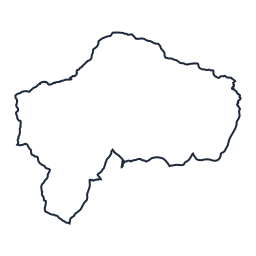 Pisba, Boyacá, Colombia (orthographic projection)
{"feature_id": "7082276B47787329077767", "entity_name": "Pisba", "entity_type": "district", "adm_level": 2, "iso_a3": "COL", "parent_name": "Colombia", "parent_adm1": "Boyacá", "projection": "orthographic", "projection_center": [-72.451, 5.73], "detail": "fine", "context": "isolated", "style": "outline", "palette": "slate", "viewbox_px": 256, "rotation_deg": 0, "n_neighbors": 0, "source": "geoboundaries", "source_scale": "gbopen_adm2", "svg_char_len": 5672}
<svg xmlns="http://www.w3.org/2000/svg" viewBox="0 0 256 256"><path d="M69.5,223.5L70.3,219.1L70.8,218.1L74.1,215.8L75.1,213.8L78.4,211.4L80.7,209.3L84.3,202.6L86.9,199.9L87.2,198.5L87.3,197.2L87.1,194.3L89.7,186.7L89.8,184.9L89.6,180.0L90.0,179.7L90.7,179.8L91.6,180.3L92.5,180.0L93.4,180.6L94.7,180.2L96.0,179.6L96.5,179.7L97.0,179.4L98.7,179.6L99.1,179.3L99.2,179.0L99.6,178.8L100.7,179.1L100.4,178.4L99.6,177.6L99.2,176.7L97.9,175.4L97.6,174.7L97.7,174.4L98.1,173.8L98.8,173.5L100.6,172.3L101.8,170.9L102.7,169.3L104.0,168.0L104.6,165.9L105.2,164.6L105.4,162.8L105.6,162.4L106.2,161.8L106.4,160.3L106.8,159.4L107.8,158.3L108.3,158.1L109.0,156.8L110.1,155.7L110.5,154.5L111.2,153.8L111.4,151.4L111.7,150.9L112.4,150.2L112.6,149.8L114.0,151.4L114.1,152.1L114.9,152.6L115.6,153.3L119.0,155.7L122.2,159.0L123.0,160.1L123.0,160.3L122.4,161.1L122.5,161.6L122.3,162.1L122.6,162.8L122.0,164.7L122.2,165.9L121.6,166.5L121.7,167.1L122.3,166.7L122.4,166.3L122.7,166.0L122.7,164.5L123.1,164.1L123.3,163.5L124.1,162.6L124.1,161.6L124.3,161.3L125.8,161.6L128.1,160.7L128.6,160.7L129.9,160.8L130.6,161.4L131.1,160.9L132.5,160.8L133.9,160.1L135.1,160.1L136.2,159.8L138.1,159.0L139.1,159.1L140.2,158.9L141.4,159.6L141.8,160.1L142.4,160.1L143.0,160.4L144.1,160.4L145.0,160.8L145.8,161.5L146.0,161.5L147.4,161.1L148.5,160.5L150.0,159.5L151.4,158.3L154.5,157.5L157.4,157.2L161.3,157.9L163.6,158.9L165.6,160.7L166.5,161.7L169.3,165.5L169.5,166.1L170.6,165.7L173.1,165.4L174.8,165.0L177.2,164.8L179.8,165.1L182.8,165.0L183.9,164.4L184.8,162.7L185.5,162.1L187.0,161.3L188.9,159.8L191.0,156.7L192.1,154.5L193.0,153.6L194.0,155.6L195.8,158.2L196.6,159.2L198.3,160.0L202.1,160.2L203.2,159.7L205.3,159.4L207.5,159.3L210.0,159.6L211.8,160.3L214.8,160.8L216.4,160.6L218.7,159.4L219.7,158.1L220.2,156.8L220.7,155.3L220.8,153.7L221.6,153.0L223.5,152.1L224.7,151.0L226.6,147.3L227.8,145.3L229.0,140.3L230.5,136.9L234.3,130.4L234.8,129.1L235.2,128.7L236.6,124.7L236.6,122.3L236.9,121.4L238.6,118.6L239.6,116.0L239.1,110.8L239.9,109.2L239.9,108.5L239.5,108.2L238.3,106.3L238.1,105.7L237.4,105.5L237.1,104.3L237.6,103.6L237.6,103.3L238.1,103.1L238.3,102.8L238.3,102.2L238.2,101.9L237.9,101.7L237.9,101.4L238.3,100.8L239.4,99.9L240.0,99.6L240.2,98.7L240.6,98.3L240.1,97.7L239.6,97.4L239.6,96.3L240.0,95.9L239.9,95.4L239.3,94.6L238.5,94.4L238.2,93.8L237.5,93.6L236.4,91.5L235.6,90.8L235.0,90.5L233.8,89.1L233.3,89.3L232.9,89.1L232.4,89.1L232.2,89.0L231.9,88.3L232.1,87.9L232.8,87.7L232.8,86.9L233.0,86.6L233.6,86.6L234.0,86.1L234.0,84.8L233.3,84.0L233.4,83.5L233.2,82.7L233.9,82.4L234.5,81.5L235.1,81.1L233.5,79.6L232.2,78.9L231.8,78.3L231.0,78.0L230.8,77.7L227.2,77.5L226.4,77.1L224.9,75.8L224.0,75.9L223.6,76.3L221.8,76.2L220.5,76.4L219.0,77.9L218.1,77.9L216.3,76.8L215.3,76.4L214.8,76.0L213.4,73.9L213.5,71.1L213.4,70.8L213.0,70.4L212.4,70.2L211.1,70.5L209.0,69.6L207.8,69.9L206.3,70.0L204.4,69.4L202.8,69.4L200.0,68.4L198.8,67.0L198.2,64.3L198.0,63.9L197.6,63.6L195.4,63.4L193.2,63.5L190.1,63.9L187.4,64.5L185.5,64.3L183.5,63.3L180.2,63.0L178.8,61.8L176.6,60.3L173.3,59.4L172.1,58.6L168.1,58.4L166.8,57.8L165.6,57.7L164.9,56.6L164.6,55.3L164.5,53.1L163.8,51.7L161.0,48.5L160.1,45.9L158.2,43.8L155.1,43.5L153.8,43.0L150.4,41.1L148.9,41.0L147.4,40.7L143.9,38.8L142.6,38.5L140.3,38.5L138.7,38.9L137.8,38.8L137.2,38.6L136.8,38.6L136.6,38.9L136.3,38.9L135.5,38.3L134.0,36.4L132.7,35.3L132.3,34.6L131.9,34.4L130.5,34.4L129.3,34.7L127.9,34.8L126.4,33.7L124.8,33.8L123.1,33.0L119.6,32.6L115.4,32.5L114.4,32.7L113.3,32.5L112.4,33.1L111.8,33.9L110.8,35.6L110.0,36.0L107.4,36.4L106.0,36.9L102.6,38.3L101.2,39.1L98.6,41.2L98.3,42.3L98.4,43.7L97.3,46.0L96.2,47.2L94.9,48.2L93.8,48.9L93.2,49.5L92.8,52.9L91.8,55.2L91.5,57.9L90.7,59.3L89.3,60.4L87.2,61.2L86.7,62.1L86.1,62.4L84.8,63.9L83.6,64.7L83.3,65.5L82.3,66.0L81.7,67.1L80.2,67.7L79.4,69.1L78.4,69.8L77.4,69.9L76.6,71.1L76.7,71.8L76.6,72.2L77.0,72.9L76.7,73.4L76.7,74.1L76.4,74.5L75.1,75.6L74.8,76.1L74.1,76.2L72.9,76.0L72.6,76.1L72.2,76.6L70.0,78.0L70.2,78.6L71.3,79.2L71.3,79.3L69.9,79.6L66.0,79.6L63.2,80.6L61.0,80.9L60.5,81.7L59.7,81.6L58.8,82.0L57.5,82.0L55.9,82.3L55.3,82.8L54.5,82.6L54.1,83.1L53.3,83.0L52.5,83.7L51.1,84.4L49.0,84.6L48.4,84.5L47.7,83.2L46.4,82.1L45.3,82.2L44.9,81.8L44.4,82.1L43.7,81.8L42.2,82.0L41.4,82.6L40.3,82.9L40.1,83.1L40.0,84.0L38.6,84.3L37.7,85.1L37.1,86.0L36.2,86.7L33.2,88.1L31.5,89.7L30.6,90.3L29.4,91.7L29.0,91.8L26.6,91.1L24.0,91.3L22.0,91.8L20.0,93.2L17.6,93.8L15.4,95.4L15.5,97.4L15.7,98.1L16.7,99.3L17.1,100.9L16.8,103.3L16.2,105.1L16.2,105.7L16.7,106.8L18.0,108.7L18.0,110.6L17.5,111.2L16.3,112.2L16.0,113.0L16.1,113.7L17.2,116.7L17.4,118.6L18.6,120.3L19.0,120.6L20.4,120.9L20.8,122.6L20.7,123.8L20.4,125.7L20.6,126.8L20.5,127.2L19.9,128.3L19.8,129.1L19.9,131.5L19.8,133.0L19.3,135.4L18.4,136.6L18.6,138.1L17.8,139.3L17.7,140.0L17.7,140.6L18.3,142.4L18.3,143.0L17.2,144.7L19.7,145.3L22.5,144.9L25.4,143.7L25.7,143.8L25.8,144.1L26.8,144.3L27.4,144.7L28.2,146.6L29.0,147.7L29.7,148.9L30.8,149.8L31.1,151.3L31.1,152.8L31.7,154.5L32.1,154.8L34.3,155.7L34.6,156.4L36.0,156.7L36.7,156.6L37.1,156.7L37.7,157.4L37.9,157.9L38.3,160.9L39.7,163.1L41.8,164.7L44.7,166.1L45.5,167.8L48.1,168.9L48.7,168.9L49.8,169.6L49.9,169.8L49.7,170.9L48.5,173.2L47.8,174.3L47.7,176.9L47.3,177.8L46.7,178.7L45.1,180.1L44.1,182.0L43.5,182.9L42.1,184.2L41.2,186.5L41.7,191.0L42.3,191.7L41.9,193.1L42.0,194.8L42.5,195.7L43.6,197.2L43.9,200.1L44.1,200.4L45.7,200.9L45.9,201.9L45.7,204.6L44.7,208.2L45.1,211.1L45.5,211.6L46.3,211.9L50.8,214.2L52.3,214.6L54.4,214.8L55.3,215.5L57.1,215.8L57.7,216.2L58.6,217.6L59.0,218.0L60.7,218.9L62.7,220.6L64.1,221.2L65.8,222.4L67.3,222.8L68.4,222.9L69.5,223.5Z" fill="none" stroke="#1e293b" stroke-width="2"/></svg>